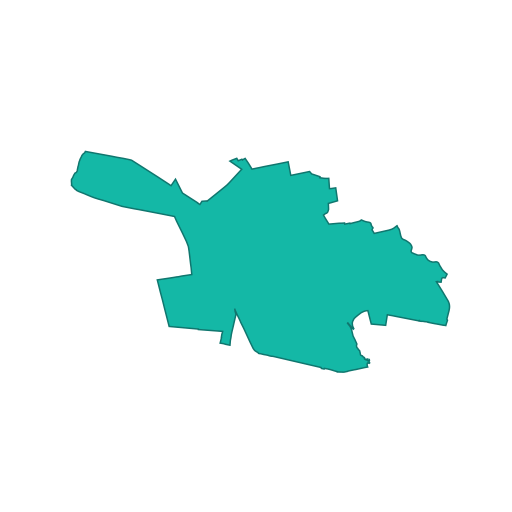 Ploiesti, Prahova, Romania, rotated 27°
{"feature_id": "2599482B50570705182047", "entity_name": "Ploiesti", "entity_type": "district", "adm_level": 2, "iso_a3": "ROU", "parent_name": "Romania", "parent_adm1": "Prahova", "projection": "equal_earth", "projection_center": [26.026, 44.932], "detail": "fine", "context": "isolated", "style": "filled", "palette": "teal", "viewbox_px": 512, "rotation_deg": 27, "n_neighbors": 0, "source": "geoboundaries", "source_scale": "gbopen_adm2", "svg_char_len": 5984}
<svg xmlns="http://www.w3.org/2000/svg" viewBox="0 0 512 512"><g transform="rotate(27 256 256)"><path d="M210.6,358.2L237.7,347.3L238.0,347.7L260.5,338.3L260.9,339.9L261.1,340.6L261.0,340.9L262.1,344.3L262.3,344.3L263.6,349.9L266.7,348.9L268.3,348.6L269.0,348.5L272.6,347.5L273.3,347.3L271.5,342.9L270.6,339.8L270.4,339.4L270.2,338.6L269.9,337.9L269.7,337.3L268.9,334.3L267.5,328.5L266.9,326.2L264.8,317.8L264.5,317.0L264.2,316.6L262.5,314.8L261.1,312.8L260.9,312.5L261.2,312.9L262.3,314.0L264.1,315.4L265.4,316.5L269.4,319.5L271.8,321.4L272.3,321.9L278.0,326.1L289.8,335.4L295.5,339.7L297.7,340.8L300.0,341.1L301.5,341.1L302.4,341.6L303.1,341.5L304.4,341.0L308.3,340.1L308.7,339.9L310.8,339.3L311.9,339.0L313.1,338.9L314.2,338.6L315.0,338.4L316.4,337.8L317.8,337.4L364.6,325.8L365.3,326.5L368.0,325.8L367.9,325.1L371.1,324.1L374.1,323.4L378.8,322.6L381.0,322.1L381.1,322.4L387.0,319.6L389.4,317.7L390.1,317.1L390.4,316.6L390.8,316.3L395.4,312.6L396.4,311.9L403.3,306.2L405.9,304.2L405.4,303.7L404.6,302.8L404.1,301.8L403.9,301.1L403.9,300.9L404.1,300.5L404.4,300.4L404.8,300.4L405.6,300.2L405.8,299.6L405.7,299.5L405.3,299.2L404.5,298.6L404.4,297.9L404.5,297.6L404.0,296.9L403.8,296.8L403.7,296.9L403.7,297.1L403.9,297.4L403.9,297.6L403.7,297.8L403.7,298.2L403.2,298.4L403.0,298.6L402.8,298.5L402.6,298.3L402.1,297.9L402.0,297.3L402.0,297.2L401.8,297.3L401.7,297.4L401.9,298.0L401.9,298.4L401.7,298.5L401.1,298.5L401.0,298.4L401.0,298.2L400.9,298.2L400.8,298.5L400.6,298.6L400.0,298.2L399.7,298.3L399.5,298.5L399.3,298.4L399.1,298.1L399.1,297.8L398.9,297.4L398.7,297.3L398.2,297.3L397.9,297.2L397.6,297.3L397.3,297.2L397.0,297.1L396.4,296.9L396.2,296.7L395.4,296.8L394.4,296.8L394.1,296.7L393.7,296.3L393.0,295.3L392.4,294.6L392.0,294.3L391.8,293.8L391.6,293.6L391.2,293.3L389.9,292.9L389.5,292.8L388.8,292.2L388.6,292.1L387.5,291.8L387.2,291.6L386.8,291.1L386.6,290.7L386.2,290.2L386.1,289.9L386.0,289.6L386.0,289.2L385.8,288.6L383.7,286.9L383.2,286.6L382.9,286.2L378.8,283.2L378.2,282.5L375.3,279.1L374.4,278.1L373.9,277.6L372.0,276.2L370.2,275.3L368.1,274.4L368.1,274.1L368.2,273.9L370.4,274.8L375.9,277.0L376.1,276.3L375.4,275.8L374.4,275.0L373.6,274.2L372.9,273.1L372.3,272.2L372.0,271.2L371.8,270.2L371.8,269.4L371.8,267.6L371.9,267.0L372.1,266.4L372.6,265.0L374.0,261.8L374.9,259.9L375.5,258.7L376.4,257.5L377.1,256.6L377.6,256.0L379.1,254.7L380.5,253.9L389.6,264.3L395.8,261.8L403.0,258.9L399.7,248.8L399.7,248.7L400.0,248.5L400.9,248.4L404.4,247.3L408.4,246.2L414.7,244.4L429.7,240.1L430.7,239.4L430.8,239.9L432.6,239.3L434.5,238.4L435.4,238.1L435.6,238.1L438.1,237.1L439.7,236.7L439.7,236.9L446.1,235.1L447.6,234.6L454.1,232.7L454.7,232.5L454.7,232.4L455.7,232.1L456.7,231.8L456.5,230.9L456.1,228.5L456.1,228.2L455.9,227.3L455.9,226.8L455.7,226.3L455.7,226.2L455.4,226.0L455.2,226.0L454.9,225.7L454.7,225.6L452.8,217.1L452.0,214.5L451.4,213.2L450.5,211.7L449.5,210.5L448.6,209.7L447.8,209.0L438.8,203.3L432.2,199.3L430.3,198.2L428.4,197.0L429.5,196.2L429.8,196.6L432.8,195.3L432.4,194.0L431.8,192.2L431.7,191.8L431.7,191.5L431.9,191.0L432.4,190.5L432.4,190.4L434.1,189.8L434.5,189.7L434.5,185.4L432.0,184.9L430.3,184.4L428.3,183.7L423.9,181.0L423.2,180.4L421.9,179.4L421.2,179.2L420.2,179.1L419.4,179.3L419.1,179.4L417.3,180.6L416.3,181.2L413.8,181.7L413.2,181.7L411.9,181.6L410.7,181.4L410.1,181.1L408.3,180.1L406.9,179.0L406.4,178.8L405.7,178.7L404.8,178.9L404.0,179.2L402.9,179.9L402.2,180.5L400.5,181.4L399.9,181.7L398.9,181.9L398.2,181.9L395.9,182.2L394.3,182.2L393.8,182.4L393.2,182.2L392.7,182.0L392.0,181.4L391.9,180.9L391.7,180.2L391.6,179.3L391.2,177.7L390.6,176.9L389.8,176.2L388.4,175.3L387.0,174.8L384.6,174.4L383.6,174.3L382.6,174.2L381.2,174.2L379.9,174.4L378.6,174.2L377.9,174.1L377.0,173.4L375.8,172.3L372.9,168.8L371.9,167.7L370.9,166.9L369.1,166.1L368.7,165.8L368.5,165.3L367.9,165.0L366.1,168.7L365.6,169.4L364.9,170.4L363.6,171.7L362.8,172.5L351.1,182.2L349.5,181.2L347.5,180.0L347.4,179.5L347.5,177.9L347.2,177.5L346.1,177.2L345.6,176.8L344.9,176.3L343.5,174.8L342.9,174.6L342.2,174.5L341.2,174.7L339.0,175.4L337.6,175.7L335.9,175.9L334.0,176.0L333.6,176.0L333.0,176.9L332.8,177.3L332.8,177.6L332.6,177.9L330.1,180.1L328.0,181.9L325.1,184.5L324.7,184.1L320.6,187.3L320.1,186.8L319.9,186.4L318.3,187.4L314.8,189.3L306.5,194.5L300.7,191.0L297.6,189.0L297.5,188.9L298.9,186.2L299.3,186.0L299.7,185.2L299.9,184.5L299.8,183.2L299.5,181.5L296.6,176.3L298.6,174.5L303.6,169.8L296.1,159.1L292.0,162.0L290.9,162.6L289.9,161.0L285.6,153.8L282.7,155.3L281.1,156.0L277.2,157.3L277.0,156.3L268.3,157.6L265.4,156.4L250.4,168.4L241.9,157.5L233.6,164.1L223.1,172.3L218.3,176.2L217.0,177.2L213.0,180.4L207.1,176.8L202.0,174.0L200.4,176.4L200.3,176.6L199.5,176.2L196.9,179.2L194.5,177.7L191.0,181.6L189.7,183.3L203.9,185.2L198.9,202.9L197.9,206.0L196.5,209.3L190.6,222.5L187.5,229.4L187.1,229.3L183.0,231.8L182.9,232.9L182.6,235.6L179.9,235.3L179.9,235.1L161.9,233.3L149.4,224.1L148.4,231.9L147.0,231.8L146.8,231.7L132.9,230.2L112.6,228.2L103.3,227.3L102.2,227.2L101.3,227.2L100.9,227.3L99.6,227.6L93.7,229.2L87.6,231.1L81.9,232.7L56.5,240.3L56.5,240.8L56.5,242.0L55.7,243.3L55.6,244.2L55.3,245.1L55.3,245.4L55.3,246.2L55.4,247.3L55.3,248.9L55.4,249.4L55.4,250.3L55.6,250.9L55.6,251.9L56.0,253.8L56.6,255.8L56.9,257.5L57.1,258.1L57.3,258.7L57.5,259.8L58.0,260.9L58.1,261.8L58.0,262.6L57.9,263.2L57.6,263.7L57.5,263.8L57.3,264.0L57.2,264.1L57.1,264.4L56.9,266.8L57.1,269.3L56.9,271.3L56.9,271.7L57.3,272.6L57.6,273.2L58.2,274.2L59.4,276.2L59.4,276.7L64.5,278.6L65.9,278.6L66.1,278.8L66.2,279.0L68.8,279.0L73.6,278.5L81.8,277.9L85.6,277.5L89.8,276.8L92.7,276.2L93.4,276.1L94.8,275.8L114.1,272.6L126.1,269.2L130.6,267.8L151.3,261.8L162.9,258.5L165.5,257.8L169.4,261.0L180.0,268.9L187.4,274.6L190.4,277.3L191.0,277.8L192.3,279.4L192.7,280.0L194.3,282.2L201.5,293.0L203.6,296.0L207.2,301.7L198.9,307.6L196.3,309.7L194.6,310.8L192.9,312.1L188.2,315.5L178.9,322.1L187.9,332.4L192.4,337.4L198.3,344.2L210.6,358.2Z" fill="#14b8a6" stroke="#0f766e" stroke-width="1.5"/></g></svg>